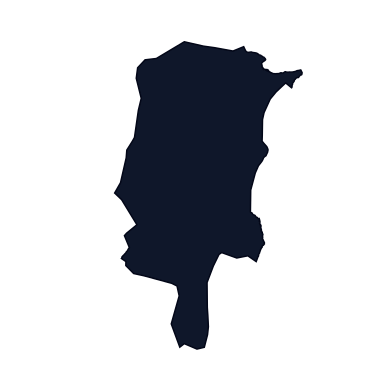 the district of Shine-Ider, Hövsgöl, Mongolia, rotated 104°
{"feature_id": "93677404B2181699947628", "entity_name": "Shine-Ider", "entity_type": "district", "adm_level": 2, "iso_a3": "MNG", "parent_name": "Mongolia", "parent_adm1": "Hövsgöl", "projection": "robinson", "projection_center": [99.405, 49.039], "detail": "fine", "context": "isolated", "style": "filled", "palette": "ink", "viewbox_px": 384, "rotation_deg": 104, "n_neighbors": 0, "source": "geoboundaries", "source_scale": "gbopen_adm2", "svg_char_len": 5431}
<svg xmlns="http://www.w3.org/2000/svg" viewBox="0 0 384 384"><g transform="rotate(104 192 192)"><path d="M45.8,152.6L45.1,153.0L44.5,153.8L44.2,154.4L43.9,154.7L43.8,155.2L43.8,155.8L43.7,156.2L43.3,156.7L43.3,157.1L43.3,157.6L42.9,158.0L42.7,158.4L42.7,158.9L42.8,159.4L42.8,160.0L42.5,160.4L42.2,160.8L42.2,161.0L42.1,161.5L41.8,162.0L41.6,163.2L41.7,165.0L41.8,165.9L41.9,166.7L41.9,167.4L41.8,168.1L41.9,168.6L42.3,169.7L42.8,170.8L42.9,171.6L42.9,172.3L42.8,173.1L42.5,173.6L41.0,175.0L38.5,177.0L45.3,186.3L46.5,204.9L47.7,216.2L48.1,235.8L71.1,258.9L75.1,269.5L84.6,274.8L95.1,273.6L113.4,263.9L125.7,263.8L153.0,261.0L157.4,262.2L167.1,265.4L174.8,264.1L200.3,263.6L211.7,266.8L216.5,258.4L237.1,237.5L247.8,245.5L250.7,247.0L261.1,239.3L261.8,239.7L262.7,240.0L264.7,240.5L265.0,240.6L265.6,241.0L266.0,241.2L266.5,241.4L267.0,241.4L268.1,242.1L268.4,242.3L269.3,242.7L270.5,243.5L271.5,244.0L272.2,244.3L272.7,244.1L273.0,244.0L273.3,244.1L273.6,244.3L275.5,239.3L279.4,238.4L285.2,228.9L284.9,218.6L285.5,189.7L286.8,183.8L295.9,179.3L318.5,180.0L325.0,180.2L345.5,166.3L341.0,162.8L343.2,149.2L339.7,142.5L326.7,142.4L318.8,143.5L308.2,146.7L300.4,149.2L276.2,155.5L258.6,153.4L246.0,150.7L243.6,148.5L245.2,132.6L240.4,122.4L244.0,112.9L238.8,112.3L238.4,112.1L238.0,112.0L237.7,112.0L236.9,112.2L236.5,112.3L236.1,112.1L235.2,111.9L234.8,111.7L234.4,111.7L234.0,111.8L233.5,111.8L232.8,111.6L232.5,111.5L231.6,111.6L231.3,111.6L230.4,111.2L230.1,111.2L229.4,111.1L229.0,111.0L228.9,110.7L228.5,110.6L228.3,110.7L228.1,110.8L227.9,110.9L227.7,110.8L227.5,110.7L227.3,110.6L227.1,110.6L226.8,110.5L226.8,110.3L226.6,110.1L226.4,109.9L226.2,109.9L226.0,109.7L225.8,109.6L225.6,109.6L225.4,109.5L225.1,109.3L224.9,109.2L224.6,109.4L224.3,109.5L224.0,109.4L223.7,109.5L223.4,109.6L223.2,109.7L223.0,110.2L222.8,110.3L222.6,110.5L222.0,110.8L221.6,111.1L221.3,111.3L220.9,111.8L220.5,112.2L220.2,112.3L219.8,112.3L219.1,112.4L217.9,112.8L217.3,113.0L217.0,113.0L216.7,112.9L216.2,112.9L215.4,113.4L214.9,113.9L214.0,114.1L213.8,114.3L213.8,114.9L213.7,115.0L213.0,115.4L212.9,115.5L212.8,115.4L212.6,115.3L212.3,115.6L212.1,115.7L211.8,115.6L211.5,115.7L211.5,115.8L211.4,116.1L211.0,116.2L210.9,116.2L210.7,116.2L210.4,116.3L210.3,116.5L210.0,116.8L209.8,116.8L209.6,116.9L209.2,116.7L208.9,116.7L208.8,116.8L208.8,117.0L208.7,117.1L208.5,116.9L208.3,116.9L208.1,116.9L208.0,117.1L208.0,117.3L208.0,117.5L207.9,117.5L207.5,117.3L207.4,117.4L207.1,117.7L206.8,117.8L206.8,118.0L206.8,118.3L206.8,118.5L206.6,118.6L206.3,118.8L206.0,118.8L205.7,118.8L205.2,118.7L205.1,118.8L204.8,118.9L204.5,118.9L204.4,119.0L204.3,119.3L204.2,119.4L204.1,119.5L204.0,119.4L203.9,119.2L203.7,119.1L203.5,119.3L203.6,119.5L203.4,119.7L203.1,119.7L202.9,119.8L202.4,119.8L202.0,120.1L201.5,120.4L201.4,120.5L201.5,120.7L201.7,120.8L201.8,120.9L201.8,121.4L201.8,121.6L201.5,122.0L201.0,122.4L200.9,122.6L200.9,122.9L200.9,123.1L201.0,123.2L201.0,123.4L200.0,124.6L199.5,125.2L199.4,125.5L199.4,125.8L199.3,126.0L199.3,126.3L199.3,126.7L199.2,127.1L199.1,127.4L198.7,127.9L198.2,128.3L197.9,128.7L197.8,128.8L197.7,129.1L197.8,129.6L197.7,129.7L197.6,129.8L197.5,130.2L197.2,130.5L175.9,135.5L158.2,135.2L150.5,133.9L145.3,131.6L143.4,131.1L141.7,130.9L140.4,130.3L138.9,129.0L137.1,128.7L135.2,128.3L132.8,128.4L132.2,128.7L131.4,129.2L129.9,130.4L127.3,134.2L125.7,136.3L120.1,137.5L104.7,141.1L97.5,141.3L82.9,138.6L74.7,134.7L67.8,130.3L63.5,127.5L66.8,120.6L66.4,120.4L66.0,120.4L65.6,120.4L64.9,120.6L64.5,120.7L63.9,120.6L63.4,120.5L63.0,120.5L62.8,120.6L62.3,120.6L62.1,120.6L61.6,120.5L60.6,120.0L59.7,119.7L59.3,119.7L58.8,119.7L58.3,119.7L57.8,119.2L57.5,119.0L56.9,118.9L56.3,118.4L56.0,118.3L55.8,118.2L55.7,118.0L55.7,117.7L55.4,117.3L55.3,117.2L55.3,116.7L55.0,116.3L54.2,116.1L52.5,115.2L52.1,115.0L51.9,114.9L52.0,114.4L51.9,114.2L51.7,114.0L51.3,113.9L51.0,113.9L49.7,114.0L49.3,114.2L48.8,114.7L48.0,115.4L47.5,115.7L47.4,115.8L47.3,116.0L47.5,116.6L48.2,117.6L48.2,117.9L48.5,118.7L48.7,119.0L48.9,119.5L49.9,120.7L51.2,123.3L51.7,124.9L51.8,125.3L51.9,125.7L52.0,126.5L52.2,126.9L52.3,127.2L52.5,127.8L52.7,128.7L52.8,129.2L52.8,129.6L52.7,129.8L52.7,130.2L52.7,130.5L52.8,130.8L53.0,131.0L53.8,131.7L54.0,131.9L54.3,132.0L54.5,132.3L54.6,132.6L54.7,133.1L54.7,133.5L54.8,134.6L55.1,135.0L55.3,135.1L55.5,135.2L55.6,135.5L55.6,135.8L55.7,136.0L56.0,136.2L56.1,136.5L56.3,136.9L56.5,137.9L56.6,138.1L56.7,138.4L56.8,138.7L56.8,139.1L57.0,139.4L57.2,139.7L57.3,141.2L57.5,142.0L57.5,142.4L57.4,142.6L57.3,142.8L57.3,143.3L57.2,143.4L57.2,143.5L57.1,143.8L57.1,144.3L56.9,144.9L56.7,145.3L56.6,145.9L56.6,146.2L56.6,146.4L56.5,146.7L56.3,146.8L56.1,146.8L55.9,146.9L55.8,147.0L55.6,147.3L55.3,147.5L55.2,147.9L55.4,148.1L55.5,148.1L55.8,148.2L56.1,148.1L56.3,148.1L56.3,148.4L56.2,148.4L55.8,148.6L55.7,148.8L55.4,148.8L55.1,148.7L55.0,148.9L55.1,149.2L55.2,149.6L55.5,149.7L55.7,149.8L55.9,149.9L55.9,150.0L55.7,150.2L55.4,150.3L55.3,150.8L55.3,151.3L55.5,151.6L55.8,151.9L55.7,152.0L55.3,152.0L55.3,152.3L55.4,152.6L54.9,152.7L54.7,152.8L54.4,153.4L54.0,153.6L53.9,153.7L53.9,153.9L53.9,154.1L53.9,154.3L53.3,154.5L52.8,154.4L52.6,154.5L52.6,154.8L52.1,154.8L51.9,154.8L51.6,155.1L51.3,155.2L51.2,155.4L51.1,155.5L50.9,155.5L50.4,155.6L49.6,155.3L49.1,155.1L48.4,154.6L47.8,153.9L47.4,153.7L47.1,153.5L46.9,153.3L46.8,153.1L46.6,153.0L46.0,152.7L45.8,152.6Z" fill="#0f172a" stroke="#020617" stroke-width="1.5"/></g></svg>